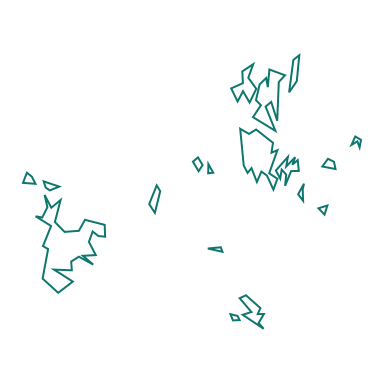 Kepulauan Anambas, Kepulauan Riau, Indonesia (Mercator projection)
{"feature_id": "22746128B99951880476592", "entity_name": "Kepulauan Anambas", "entity_type": "district", "adm_level": 2, "iso_a3": "IDN", "parent_name": "Indonesia", "parent_adm1": "Kepulauan Riau", "projection": "mercator", "projection_center": [106.153, 2.904], "detail": "medium", "context": "isolated", "style": "outline", "palette": "teal", "viewbox_px": 384, "rotation_deg": 0, "n_neighbors": 0, "source": "geoboundaries", "source_scale": "gbopen_adm2", "svg_char_len": 1887}
<svg xmlns="http://www.w3.org/2000/svg" viewBox="0 0 384 384"><path d="M44.6,194.9L47.4,207.2L42.2,217.5L35.6,216.3L51.1,226.0L43.0,246.1L48.1,249.1L42.6,278.6L58.2,292.8L72.8,281.6L54.0,269.6L71.8,270.3L71.2,261.5L78.9,256.7L93.2,264.6L82.9,255.8L95.8,255.1L88.9,241.9L92.7,231.5L98.3,236.0L105.1,236.7L104.7,224.9L85.0,219.8L78.9,230.8L64.6,231.9L54.9,222.0L60.6,200.0L51.3,207.7L44.6,194.9ZM256.1,129.5L249.0,133.9L240.2,128.8L243.7,165.4L247.6,172.9L251.5,168.1L256.9,182.0L261.4,171.6L266.9,175.5L273.4,189.6L277.4,178.8L269.2,173.3L277.4,150.2L271.5,152.7L273.0,142.8L256.1,129.5ZM285.0,75.3L269.4,69.5L267.8,87.2L266.2,78.0L259.6,84.4L256.0,100.2L260.9,105.2L253.0,117.2L275.4,130.9L265.6,106.6L271.2,101.9L277.2,120.8L278.8,82.0L285.0,75.3ZM253.2,64.2L242.3,71.4L242.9,83.2L231.2,88.4L237.6,101.5L243.0,91.2L249.6,102.5L256.3,88.8L248.3,77.8L253.2,64.2ZM246.0,295.3L239.7,298.2L251.4,312.0L242.7,314.8L263.7,328.8L258.6,323.0L263.9,314.0L257.7,314.1L260.4,308.1L246.0,295.3ZM287.9,156.9L275.9,170.5L280.2,178.6L281.7,169.6L286.2,174.6L285.1,185.8L291.1,171.1L298.8,170.9L297.7,160.1L292.3,164.7L295.2,157.2L286.2,166.5L287.9,156.9ZM156.7,185.4L149.2,204.1L154.9,212.9L160.2,191.2L156.7,185.4ZM299.3,55.2L293.4,59.9L289.1,92.3L296.8,81.1L299.3,55.2ZM59.2,186.6L43.7,181.4L45.7,187.6L49.9,190.4L59.2,186.6ZM26.9,172.7L23.0,182.9L35.5,183.8L31.8,176.6L26.9,172.7ZM328.0,158.8L322.3,166.5L335.5,169.0L334.0,161.8L328.0,158.8ZM198.0,157.4L192.9,161.7L198.6,171.2L202.6,165.1L198.0,157.4ZM304.0,183.7L298.1,194.3L303.1,200.8L302.7,189.1L304.0,183.7ZM220.8,247.3L207.8,248.5L222.4,251.8L220.8,247.3ZM355.3,136.5L351.5,144.9L357.4,141.4L359.6,147.4L361.0,139.9L355.3,136.5ZM327.4,205.5L318.5,208.3L324.5,214.6L327.4,205.5ZM230.5,314.2L232.9,320.4L239.6,320.1L237.5,315.9L230.5,314.2ZM213.2,172.7L208.4,164.1L208.2,173.3L213.2,172.7Z" fill="none" stroke="#0f766e" stroke-width="2"/></svg>